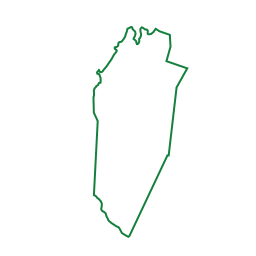 outline of Crownlands/Marc, Castries, Saint Lucia, rotated 19°
{"feature_id": "8701671B44468241471992", "entity_name": "Crownlands/Marc", "entity_type": "district", "adm_level": 2, "iso_a3": "LCA", "parent_name": "Saint Lucia", "parent_adm1": "Castries", "projection": "robinson", "projection_center": [-60.974, 13.951], "detail": "fine", "context": "isolated", "style": "outline", "palette": "green", "viewbox_px": 256, "rotation_deg": 19, "n_neighbors": 0, "source": "geoboundaries", "source_scale": "gbopen_adm2", "svg_char_len": 4643}
<svg xmlns="http://www.w3.org/2000/svg" viewBox="0 0 256 256"><g transform="rotate(19 128 128)"><path d="M163.7,230.8L164.5,229.6L174.2,141.1L175.4,140.7L160.8,74.2L160.7,74.0L164.6,52.3L142.6,52.3L141.7,37.2L137.2,26.3L126.2,26.3L121.9,25.2L120.9,28.8L119.2,31.6L117.1,32.7L116.1,32.6L115.6,31.6L115.0,29.5L113.7,28.8L112.2,29.3L109.9,28.5L108.3,28.3L107.5,30.2L107.8,31.6L109.9,35.2L110.2,36.6L110.1,38.8L109.5,40.3L110.4,42.1L110.5,44.0L109.8,45.5L109.0,45.7L108.3,44.8L107.6,43.4L106.5,42.7L104.3,42.0L104.2,40.6L104.6,39.5L104.5,36.5L103.4,34.6L101.6,33.7L100.8,33.4L100.7,33.3L100.5,33.2L100.3,33.1L100.2,32.9L100.1,32.7L99.9,32.5L99.8,32.3L99.6,32.2L99.4,32.0L99.3,31.8L99.1,31.7L98.8,31.4L98.6,31.4L98.4,31.5L98.1,31.5L97.9,31.6L97.7,31.7L97.6,31.9L97.4,32.1L97.3,32.3L97.2,32.5L96.9,32.8L96.6,33.0L96.4,33.2L96.3,33.3L96.2,33.5L95.9,33.7L95.5,34.0L95.4,34.1L95.2,34.3L95.2,34.5L95.2,34.9L95.2,35.1L95.3,35.3L95.3,35.6L95.4,35.8L95.4,36.0L95.4,36.5L95.5,38.1L95.4,38.4L95.4,38.5L95.4,39.0L95.4,39.3L95.4,39.7L95.4,40.0L95.4,40.6L95.4,41.1L95.5,41.3L95.5,41.5L95.5,42.4L95.5,42.6L95.5,42.8L95.4,43.1L95.4,43.3L95.3,43.5L95.2,43.9L95.2,44.1L95.2,44.3L95.1,44.5L95.0,44.9L94.9,45.3L94.9,45.5L94.7,46.0L94.5,46.6L94.4,46.9L94.3,47.1L94.3,47.3L94.2,47.6L94.1,47.8L93.9,48.1L93.8,48.3L93.7,48.5L93.4,48.8L93.2,48.9L92.9,49.0L92.6,49.2L92.5,49.3L92.3,49.4L92.1,49.5L91.9,49.6L91.8,49.8L91.6,49.9L91.5,50.1L91.5,50.3L91.4,50.5L91.3,51.0L91.4,51.4L91.4,51.7L91.5,51.9L91.6,52.1L91.7,52.3L91.8,52.5L91.8,53.0L91.8,53.3L91.7,53.6L91.7,53.8L91.6,54.0L91.4,54.4L91.2,54.6L91.0,54.9L90.8,55.1L90.7,55.2L90.5,55.4L90.4,55.5L90.2,55.6L89.8,55.6L89.6,55.7L89.4,55.8L89.3,56.0L89.3,56.5L89.4,56.8L89.5,57.0L89.8,57.3L90.0,57.4L90.2,57.6L90.3,57.6L90.5,57.7L90.7,57.8L90.9,57.8L91.2,57.9L91.3,57.9L91.5,58.0L91.9,58.2L92.0,58.4L92.2,58.5L92.2,58.8L92.2,59.0L92.2,59.4L92.2,59.6L92.1,59.8L92.1,60.0L92.0,60.3L91.9,60.5L91.6,61.3L91.5,61.6L91.4,61.9L91.3,62.1L91.2,62.3L91.1,62.5L91.0,62.9L91.0,63.0L90.9,63.2L90.8,63.7L90.8,63.9L90.7,64.1L90.7,64.3L90.6,64.6L90.6,64.9L90.5,65.2L90.5,65.4L90.5,65.6L90.4,65.8L90.4,66.0L90.3,66.6L90.2,66.8L90.2,67.0L90.2,67.3L90.1,67.7L90.0,68.0L90.0,68.4L89.9,68.7L89.8,68.9L89.8,69.1L89.7,69.3L89.6,69.6L89.6,69.8L89.5,70.0L89.5,70.3L89.4,70.5L89.3,71.0L89.2,71.1L89.1,71.3L89.1,71.5L89.0,71.8L88.9,72.0L88.8,72.3L88.8,72.5L88.7,72.9L88.7,73.1L88.6,73.4L88.5,73.8L88.4,74.0L88.3,74.3L88.3,74.5L88.2,74.9L88.1,75.1L88.1,75.3L88.0,75.6L87.9,75.8L87.8,76.0L87.7,76.4L87.6,76.9L87.5,77.3L87.4,77.5L87.2,77.9L87.1,78.1L86.9,78.8L86.8,79.0L86.7,79.2L86.6,79.4L86.5,79.6L86.5,79.8L86.4,80.0L86.2,80.4L86.1,80.7L86.0,81.0L85.9,81.5L85.8,81.9L85.7,82.1L85.6,82.5L85.5,82.8L85.3,83.1L85.2,83.3L84.9,83.5L84.6,83.8L84.3,84.0L84.2,84.0L83.8,84.1L83.6,84.1L83.4,84.1L83.1,84.1L82.9,84.0L82.7,83.9L82.4,83.6L82.2,83.3L82.1,83.1L81.9,82.7L81.7,82.6L81.6,82.9L81.5,83.2L81.3,83.6L81.3,84.1L80.7,85.0L80.6,85.4L81.1,86.4L81.4,86.7L82.8,86.5L83.2,86.4L83.5,86.7L83.9,87.1L84.1,87.7L84.3,87.8L85.5,89.2L85.8,89.6L86.5,91.6L86.8,92.3L86.9,92.9L87.0,93.3L87.2,93.7L87.2,94.2L86.2,94.6L85.9,95.0L85.7,95.6L85.8,96.5L85.8,96.9L85.0,98.0L84.5,98.6L84.3,99.3L84.3,99.7L83.7,101.0L83.4,101.5L83.5,102.1L83.5,103.6L83.8,104.4L84.2,105.2L84.7,106.6L85.3,108.5L85.3,110.0L90.7,124.6L97.1,131.3L117.6,202.5L117.8,202.5L118.1,202.5L118.3,202.6L118.6,202.6L118.8,202.6L119.1,202.8L119.5,202.9L119.9,203.0L120.1,203.1L120.4,203.2L120.5,203.3L120.8,203.5L121.0,203.6L121.2,203.8L121.5,204.0L121.8,204.1L122.0,204.2L122.3,204.3L122.8,204.4L123.0,204.5L123.4,204.6L123.6,204.7L123.7,204.8L123.9,204.9L124.0,204.9L124.1,205.0L124.3,205.1L124.5,205.2L124.7,205.3L125.0,205.5L125.7,205.9L125.9,206.0L126.1,206.1L126.2,206.3L126.4,206.4L126.5,206.6L126.8,206.9L127.1,207.1L127.4,207.4L127.5,207.6L127.7,207.9L127.8,208.0L128.0,208.4L128.1,208.7L128.2,208.9L128.2,209.0L128.3,209.2L128.4,209.6L128.4,209.8L128.5,210.1L128.5,210.3L128.6,210.5L128.7,210.8L128.7,211.0L128.8,211.4L128.8,211.6L128.8,211.8L128.8,212.1L128.9,212.5L128.9,212.9L129.0,213.0L129.1,213.4L129.2,213.5L129.3,213.6L129.4,213.8L129.6,214.0L130.0,214.4L130.3,214.6L130.6,214.7L130.9,214.9L131.1,214.9L131.4,215.0L131.6,215.0L132.1,215.1L132.4,215.1L132.6,215.2L132.9,215.3L133.1,215.3L133.4,215.4L133.5,215.5L133.8,215.6L134.0,215.6L134.3,215.8L134.6,216.0L134.8,216.2L135.1,216.6L135.3,216.9L135.4,217.0L135.5,217.2L135.6,217.3L135.8,217.5L136.0,217.9L136.0,218.1L137.0,219.1L138.3,220.2L139.3,221.5L140.3,222.1L143.4,223.3L145.0,223.7L147.0,224.2L148.3,224.6L151.6,225.0L152.7,225.8L155.5,228.4L156.2,229.2L159.8,230.1L163.7,230.8Z" fill="none" stroke="#15803d" stroke-width="2"/></g></svg>